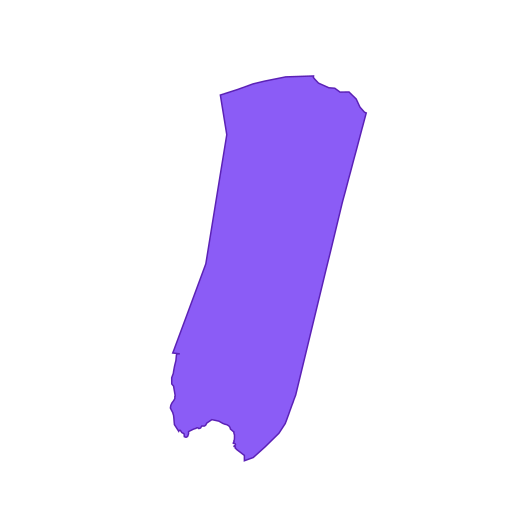 outline of San Martín Toxpalan, Oaxaca, Mexico, rotated 308°
{"feature_id": "50627088B90534025673228", "entity_name": "San Martín Toxpalan", "entity_type": "district", "adm_level": 2, "iso_a3": "MEX", "parent_name": "Mexico", "parent_adm1": "Oaxaca", "projection": "mercator", "projection_center": [-97.067, 18.11], "detail": "fine", "context": "isolated", "style": "filled", "palette": "violet", "viewbox_px": 512, "rotation_deg": 308, "n_neighbors": 0, "source": "geoboundaries", "source_scale": "gbopen_adm2", "svg_char_len": 2195}
<svg xmlns="http://www.w3.org/2000/svg" viewBox="0 0 512 512"><g transform="rotate(308 256 256)"><path d="M436.6,254.8L436.1,253.0L436.5,250.7L437.3,246.4L438.0,244.9L441.4,238.3L442.5,228.3L437.9,222.6L436.9,221.4L436.7,214.8L433.4,209.8L430.7,198.8L431.5,193.6L432.0,191.3L433.3,190.5L415.4,169.1L399.1,155.1L389.8,147.7L375.9,139.0L360.9,128.8L333.6,158.3L302.4,175.4L218.9,221.3L165.0,238.5L136.3,247.6L135.7,247.8L134.7,248.1L132.3,248.9L128.3,250.1L132.0,256.2L130.7,254.6L130.5,254.3L130.2,254.0L128.9,254.3L124.4,257.2L119.1,259.6L114.3,262.1L112.6,263.1L108.2,264.5L103.9,267.9L103.3,268.4L102.7,271.2L101.0,273.0L99.2,275.0L96.0,278.5L95.5,278.4L95.3,278.6L94.6,279.1L94.2,279.4L93.9,279.7L93.1,279.9L92.5,280.0L90.9,280.2L90.3,280.2L88.6,280.2L85.9,280.8L83.5,282.1L82.4,284.4L81.3,286.9L80.7,287.6L79.7,289.1L78.4,290.4L78.1,290.7L74.6,293.9L73.9,294.6L72.9,295.5L70.3,303.0L71.1,302.8L71.4,302.9L71.8,303.6L72.0,303.8L71.2,306.2L71.3,306.8L71.6,308.5L71.4,309.0L70.3,310.0L69.5,310.7L69.9,312.1L70.5,312.8L71.7,313.2L72.7,312.9L74.4,312.3L75.4,311.5L76.0,311.0L76.4,311.1L78.1,311.9L81.2,313.4L83.2,314.8L83.9,314.9L84.7,315.7L84.8,316.1L84.8,317.2L85.8,317.9L86.4,318.2L88.5,317.9L88.7,318.0L90.1,319.9L90.4,320.1L91.7,320.5L93.9,320.1L94.4,320.2L98.8,321.6L99.6,321.9L99.8,321.9L99.9,322.1L100.0,322.2L103.0,328.4L103.6,332.7L104.2,334.8L104.9,336.4L105.2,337.2L105.4,339.3L105.0,340.8L104.9,341.1L103.9,342.4L103.7,346.1L103.7,347.0L103.4,347.1L103.0,347.5L102.2,348.4L102.0,349.0L99.3,351.1L98.1,351.9L97.8,352.1L96.7,352.4L96.5,352.8L96.4,352.9L95.2,353.0L94.4,353.5L94.5,353.7L95.2,354.5L95.2,354.9L95.0,355.7L94.7,356.0L94.3,356.1L93.0,355.8L92.7,355.7L92.5,355.8L92.4,356.0L92.9,356.9L92.8,357.4L92.5,357.6L91.9,357.8L91.6,360.3L91.7,369.6L87.5,372.9L95.5,377.9L111.4,380.7L130.4,383.2L142.0,382.2L143.8,381.6L144.0,381.6L149.5,379.8L150.8,379.4L155.5,377.8L156.5,377.5L156.8,377.4L160.7,376.1L163.7,375.2L165.9,374.4L170.8,372.9L287.2,320.1L304.4,312.4L350.6,291.4L354.3,289.8L361.0,287.0L366.6,284.6L372.2,282.2L374.5,281.2L380.0,278.9L389.8,274.7L394.5,272.7L400.7,270.1L422.2,260.9L423.9,260.2L436.6,254.8Z" fill="#8b5cf6" stroke="#5b21b6" stroke-width="1.5"/></g></svg>